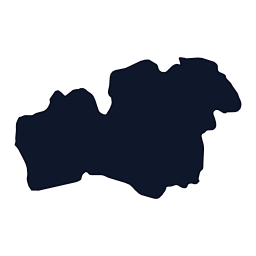 an SVG outline of Kronoberg
{"feature_id": "SWE-182", "entity_name": "Kronoberg", "entity_type": "County", "adm_level": 1, "iso_a3": "SWE", "parent_name": "Sweden", "parent_adm1": "", "projection": "albers", "projection_center": [14.682, 56.81], "detail": "fine", "context": "isolated", "style": "filled", "palette": "ink", "viewbox_px": 256, "rotation_deg": 0, "n_neighbors": 0, "source": "natural_earth", "source_scale": "10m", "svg_char_len": 2759}
<svg xmlns="http://www.w3.org/2000/svg" viewBox="0 0 256 256"><path d="M31.8,189.8L29.2,185.9L27.9,181.6L27.6,180.0L27.5,178.7L27.6,177.4L27.8,176.6L28.0,175.1L28.0,172.8L27.5,167.8L26.6,164.6L24.9,160.6L19.2,149.6L17.6,147.2L15.6,145.0L15.4,144.4L15.9,143.1L16.1,142.1L16.2,140.7L16.0,138.2L16.7,130.3L16.6,125.7L16.9,123.3L17.6,121.4L18.8,118.8L19.3,118.0L19.8,117.6L21.3,117.4L24.3,116.1L25.7,115.9L31.7,116.0L32.9,115.7L36.4,113.7L43.8,111.7L45.5,110.7L47.0,109.5L48.7,107.3L50.2,104.2L50.7,102.4L50.3,99.3L55.5,91.8L56.5,91.4L58.1,91.0L60.6,92.7L64.2,96.2L65.2,96.5L66.1,96.2L73.2,90.6L76.1,89.9L78.4,89.9L80.5,88.9L82.1,88.8L83.3,88.9L85.3,90.0L87.6,92.1L89.9,93.5L91.5,94.8L92.6,96.1L93.0,96.8L94.5,100.0L98.0,110.6L98.8,112.0L100.2,113.4L103.0,114.9L105.7,115.3L106.3,115.0L106.6,114.9L106.9,114.5L110.2,109.1L112.1,104.5L112.4,102.8L112.4,101.5L112.0,98.9L111.9,97.4L111.8,97.2L110.4,96.0L109.6,95.1L108.9,93.6L108.7,92.0L108.9,90.3L109.9,85.8L110.5,77.2L111.3,74.1L113.2,71.9L115.7,70.8L125.8,68.7L140.8,61.6L145.3,60.4L148.8,60.3L156.2,64.7L157.1,66.0L157.6,67.9L158.1,69.6L159.4,71.3L161.3,72.5L164.2,72.9L165.7,72.7L167.6,71.4L172.2,66.8L174.8,65.1L176.9,64.6L180.3,65.4L180.9,65.2L181.0,63.9L180.7,62.3L179.5,58.4L180.0,57.9L184.9,58.6L186.0,59.1L198.1,58.3L202.1,58.7L214.0,62.5L216.2,64.4L216.9,65.5L217.1,67.0L217.1,69.3L217.7,71.4L219.0,72.6L223.9,74.8L224.9,75.6L225.1,76.2L225.3,77.2L225.6,78.2L226.3,79.3L230.1,83.2L231.0,84.5L231.8,86.1L236.8,93.2L237.5,94.7L237.9,95.9L238.1,96.7L238.4,97.4L240.0,101.0L240.6,103.2L240.6,105.7L239.8,108.3L237.6,110.6L235.1,111.4L227.0,111.6L225.5,112.5L224.7,112.6L223.8,112.5L218.3,109.3L216.7,109.1L215.4,109.4L214.2,110.1L213.2,111.2L212.6,112.5L212.7,114.3L214.2,118.4L214.9,120.8L215.4,123.2L215.5,125.3L215.3,126.8L214.5,128.0L213.4,129.0L212.3,129.4L208.0,129.6L206.7,129.9L205.7,130.5L204.6,131.8L203.8,132.4L201.6,133.5L201.0,134.6L200.8,136.3L201.6,139.8L202.7,143.8L203.1,145.9L203.3,149.2L202.6,163.9L202.6,166.8L202.3,168.5L201.5,169.6L200.5,170.3L199.7,171.4L199.1,172.9L197.9,178.1L197.9,178.6L197.9,179.4L198.7,181.0L196.8,183.1L195.8,183.4L194.6,183.5L192.0,182.8L190.1,182.8L188.3,183.4L187.4,184.4L186.9,185.5L186.6,186.4L186.1,187.0L185.5,187.4L184.5,187.5L183.1,187.3L181.0,186.5L178.3,184.8L177.0,184.3L175.5,184.3L171.3,185.7L167.4,186.0L166.4,186.2L165.8,186.8L165.6,187.8L165.2,189.0L164.6,190.4L161.5,194.8L158.6,197.5L156.7,198.1L154.5,198.0L141.5,194.3L139.3,193.0L136.1,190.2L132.7,186.5L130.0,184.1L125.0,182.0L108.8,177.1L104.2,175.0L101.5,174.4L91.2,174.4L89.7,174.0L87.7,171.9L86.4,171.3L85.2,171.5L83.6,172.6L82.3,174.0L81.6,175.2L81.2,176.2L80.8,178.2L80.4,179.3L78.7,180.3L76.0,181.4L38.5,189.9L31.8,189.8Z" fill="#0f172a" stroke="#020617" stroke-width="1.5"/></svg>